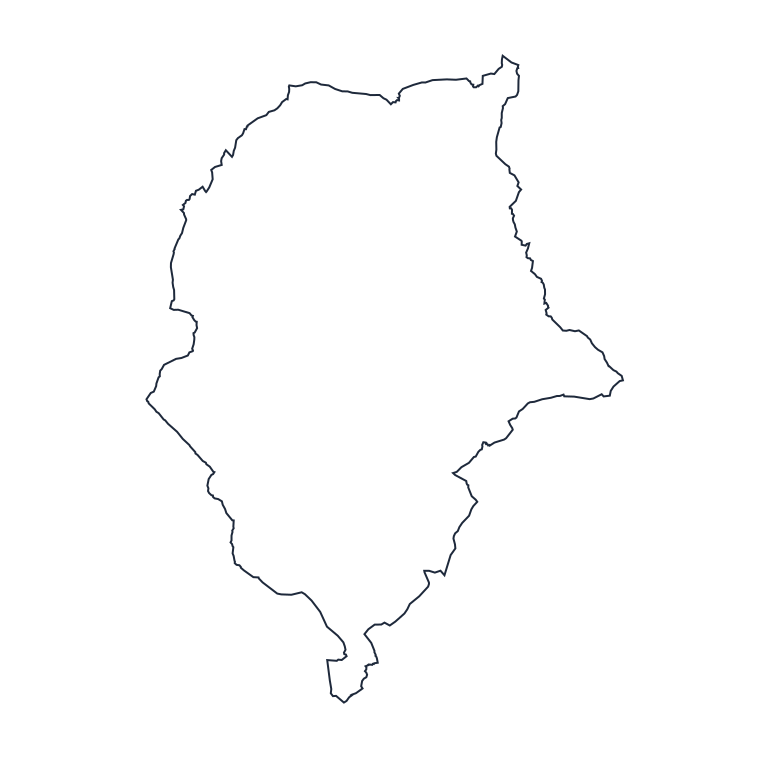 Aurskog-Høland nor, Akershus, Norway, rotated 353°
{"feature_id": "86288312B17302655292255", "entity_name": "Aurskog-Høland nor", "entity_type": "district", "adm_level": 2, "iso_a3": "NOR", "parent_name": "Norway", "parent_adm1": "Akershus", "projection": "albers", "projection_center": [11.533, 59.809], "detail": "fine", "context": "isolated", "style": "outline", "palette": "slate", "viewbox_px": 768, "rotation_deg": 353, "n_neighbors": 0, "source": "geoboundaries", "source_scale": "gbopen_adm2", "svg_char_len": 6103}
<svg xmlns="http://www.w3.org/2000/svg" viewBox="0 0 768 768"><g transform="rotate(353 384 384)"><path d="M621.6,409.5L620.9,404.9L617.4,401.8L616.2,400.0L613.4,398.2L609.6,393.7L609.1,393.7L607.9,390.0L606.0,386.1L605.9,383.1L604.7,379.2L600.6,376.1L597.9,373.1L595.3,368.9L594.1,365.0L591.9,362.7L591.4,361.3L583.9,354.6L580.0,354.9L574.7,353.0L571.5,353.4L568.0,352.7L565.8,349.1L558.9,340.5L558.6,338.7L557.7,337.2L555.7,336.9L553.5,334.9L554.0,333.6L553.5,330.2L556.6,328.3L556.2,327.4L556.4,326.4L554.9,323.3L553.0,323.7L553.9,319.8L553.1,318.7L554.8,314.5L555.3,309.8L554.8,308.0L554.7,304.7L553.9,302.8L552.8,302.0L553.4,300.8L552.7,298.7L548.8,296.3L547.3,293.5L543.7,289.7L545.1,286.8L546.8,280.1L544.9,278.8L544.3,277.1L542.2,276.7L540.9,275.5L541.4,273.7L541.1,270.9L543.4,267.0L545.3,262.0L542.8,262.4L541.4,263.9L537.6,262.6L538.1,259.2L537.8,258.5L532.0,253.6L534.4,248.9L533.5,244.7L533.3,241.5L532.3,239.0L532.0,236.9L532.1,235.2L533.6,232.8L532.6,230.9L531.7,230.6L532.3,226.7L531.6,225.1L530.3,225.0L530.3,223.5L537.2,218.3L541.3,210.0L543.8,207.7L540.5,203.7L542.2,200.3L538.9,192.8L534.6,189.8L534.6,186.3L534.9,185.6L534.5,183.5L531.2,180.6L523.4,171.2L523.1,168.9L524.1,165.1L524.9,157.3L526.1,152.8L530.0,143.5L531.2,143.1L532.5,139.4L532.5,136.3L533.3,134.3L533.9,129.4L535.7,124.6L535.7,122.7L538.3,121.0L541.7,115.3L549.6,114.7L551.3,113.3L553.0,109.8L554.5,98.9L555.5,94.6L553.9,92.2L553.6,89.4L554.8,86.8L555.7,86.8L555.6,85.3L556.2,83.8L549.7,80.4L541.8,72.7L540.6,76.3L540.0,79.9L540.2,81.7L539.6,83.5L536.2,85.2L531.3,89.8L527.9,88.9L519.6,90.2L518.3,98.1L515.2,99.0L514.2,100.0L513.6,99.3L511.6,100.7L509.2,100.4L508.6,99.5L509.1,97.8L507.4,97.3L506.4,95.2L506.4,94.1L505.3,93.7L503.1,90.8L492.5,90.8L483.4,89.3L469.2,88.3L461.8,89.8L458.4,89.3L449.6,90.7L438.6,93.4L434.1,97.6L434.8,99.9L433.6,102.0L433.1,101.9L433.7,102.9L433.5,104.4L431.6,103.8L430.3,104.7L429.8,105.9L427.3,105.3L424.9,107.2L421.1,102.1L418.3,100.3L414.9,96.6L405.7,95.6L401.6,94.0L388.0,91.1L383.7,89.2L378.2,88.4L371.4,85.2L365.5,80.9L358.0,79.1L353.6,76.3L347.9,75.5L342.4,76.1L339.2,77.5L332.7,77.8L326.4,76.1L325.8,77.2L325.9,79.6L325.4,82.5L323.8,85.7L323.0,89.7L321.7,89.2L317.2,91.8L314.9,94.7L311.7,97.4L308.6,99.0L302.8,99.9L300.0,102.8L291.0,104.9L279.9,110.9L279.9,111.8L279.1,112.1L278.1,114.3L276.6,114.0L274.7,118.0L273.3,119.8L269.0,122.1L267.1,124.0L265.0,131.3L263.3,134.3L262.1,138.3L260.8,140.0L255.5,132.7L253.4,135.4L253.3,136.8L250.4,140.1L249.5,142.9L249.6,146.8L242.7,148.0L238.6,150.5L239.2,153.0L238.9,159.9L234.5,167.6L231.4,171.3L230.8,171.8L230.0,170.6L228.0,166.1L223.8,168.6L220.9,169.3L219.3,173.0L216.7,172.1L214.4,173.8L213.6,176.7L212.8,177.5L210.9,177.3L209.7,178.0L209.0,180.1L206.2,181.8L207.2,183.2L206.1,186.2L203.7,186.4L206.3,190.0L206.2,191.4L207.7,196.3L207.6,197.4L203.8,204.6L201.9,209.6L199.9,212.0L198.6,214.6L197.5,215.4L192.6,224.0L192.7,224.5L191.2,226.6L191.5,227.8L191.0,229.5L187.3,238.0L186.7,242.1L187.2,254.8L186.5,257.7L186.6,262.0L187.1,265.1L186.2,274.3L185.4,275.4L183.5,275.9L181.0,282.7L184.3,284.8L188.8,285.2L199.7,290.0L201.3,292.5L202.6,293.1L202.0,294.3L203.4,297.4L204.7,299.1L205.7,299.4L205.1,302.6L205.3,305.8L202.4,309.8L201.1,310.3L201.0,312.2L201.5,314.4L201.1,316.9L199.9,321.4L197.9,325.6L198.5,327.5L198.2,328.1L194.7,328.9L192.8,331.8L186.1,333.5L180.7,333.7L168.0,338.2L165.2,342.1L163.5,343.5L162.6,346.7L162.4,349.1L161.1,349.9L158.2,355.7L157.6,358.3L154.6,363.5L151.4,364.5L146.4,370.2L146.9,372.2L147.8,372.8L148.1,374.6L153.4,381.2L154.7,383.8L156.8,385.5L161.0,392.4L162.4,393.4L164.8,397.2L172.8,406.2L177.6,414.0L183.5,421.0L183.9,422.2L188.4,428.6L188.4,430.0L190.3,431.7L194.7,438.3L197.6,440.4L197.9,442.0L201.0,444.8L203.9,450.3L204.9,450.8L203.4,452.6L201.6,453.2L198.4,457.0L196.3,463.4L197.0,466.1L196.3,468.8L197.1,470.9L199.2,473.4L200.6,473.8L200.6,475.4L202.0,476.9L205.4,478.0L208.8,480.7L209.2,484.2L211.0,488.7L211.8,492.9L216.8,500.8L218.2,501.1L217.1,507.2L217.2,508.9L215.5,511.0L215.6,512.4L214.2,515.8L213.6,520.7L212.4,522.5L213.7,524.4L214.0,526.6L214.6,527.6L213.1,533.7L213.8,536.3L214.1,541.4L214.4,542.0L214.0,543.6L215.6,545.5L218.4,546.3L219.6,548.1L219.5,548.9L222.2,551.9L230.8,559.8L235.9,560.7L236.1,561.8L239.3,566.1L252.5,579.0L256.4,580.3L266.4,581.9L276.9,580.7L279.9,583.0L285.7,590.1L292.9,602.4L297.8,617.9L307.4,628.2L312.2,635.5L313.1,639.6L313.4,643.1L311.5,645.8L311.7,647.3L313.2,647.9L313.7,649.6L308.4,652.8L305.0,652.0L303.4,653.0L294.0,651.1L294.1,671.6L294.5,680.4L293.5,684.5L295.3,687.6L298.4,687.7L305.4,695.3L308.2,694.0L311.2,690.7L314.1,689.1L313.6,688.7L314.0,688.5L318.4,687.5L325.6,683.6L324.5,681.2L326.1,676.1L328.1,674.0L330.7,672.9L331.8,670.5L331.2,668.2L330.1,666.7L331.6,665.2L332.0,663.1L331.3,661.9L334.3,661.1L334.2,660.7L334.6,660.5L338.1,661.3L338.8,660.4L339.8,660.7L340.2,660.0L343.8,659.9L343.5,655.3L343.0,653.3L342.4,652.8L342.7,651.6L341.8,649.1L342.0,647.7L339.8,639.4L334.1,629.9L338.6,625.5L345.4,621.7L352.0,622.4L355.4,620.9L360.3,624.4L366.3,621.2L376.3,614.3L379.7,610.4L382.8,605.5L393.1,599.0L403.1,590.5L404.3,587.9L404.4,586.5L401.3,575.9L401.2,574.3L406.0,574.9L411.5,577.4L417.3,576.2L420.7,581.2L429.3,561.9L434.8,555.9L434.9,551.8L434.1,545.9L434.8,543.5L436.4,540.9L439.3,539.0L441.4,535.2L444.7,531.4L452.4,525.1L455.4,519.1L457.8,516.0L462.2,512.3L460.9,510.0L457.4,506.1L455.0,496.9L455.4,494.8L454.3,494.0L453.9,492.8L453.8,490.3L443.6,483.1L441.7,480.8L445.5,480.1L450.7,476.0L458.7,472.6L464.3,467.4L466.2,467.2L469.4,462.8L471.6,461.1L473.1,460.8L474.1,458.0L474.0,456.5L475.5,453.9L478.1,454.6L478.4,455.0L477.8,455.8L478.0,456.2L479.4,456.4L479.9,457.7L481.3,457.4L481.5,458.0L486.5,455.6L496.4,453.8L498.6,452.7L506.2,445.1L505.9,443.4L504.3,440.1L503.1,436.2L507.5,434.1L510.1,434.2L511.4,433.4L514.6,427.7L518.6,425.7L524.4,420.8L526.7,419.9L531.0,420.0L539.2,418.4L548.1,418.0L554.1,417.0L557.1,417.3L560.9,416.4L561.4,418.2L571.2,419.7L586.3,424.1L590.0,423.9L598.8,420.7L600.5,423.1L606.7,423.1L608.2,418.5L611.5,414.5L618.3,409.8L621.6,409.5Z" fill="none" stroke="#1e293b" stroke-width="2"/></g></svg>